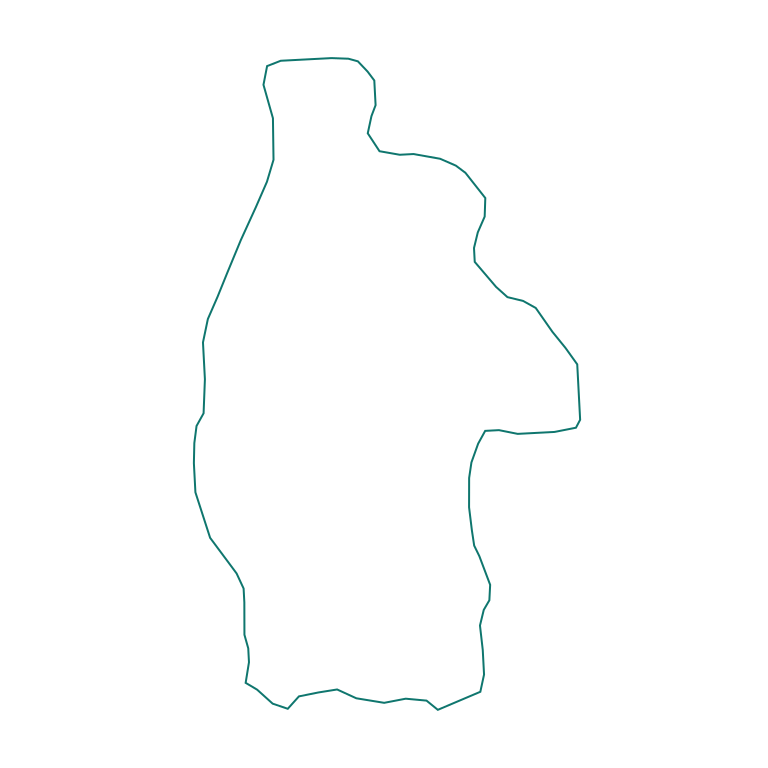 the district of Yeongdeok-gun, North Gyeongsang, South Korea, rotated 177°
{"feature_id": "91817680B91067436457746", "entity_name": "Yeongdeok-gun", "entity_type": "district", "adm_level": 2, "iso_a3": "KOR", "parent_name": "South Korea", "parent_adm1": "North Gyeongsang", "projection": "mercator", "projection_center": [129.302, 36.465], "detail": "fine", "context": "isolated", "style": "outline", "palette": "teal", "viewbox_px": 768, "rotation_deg": 177, "n_neighbors": 0, "source": "geoboundaries", "source_scale": "gbopen_adm2", "svg_char_len": 1243}
<svg xmlns="http://www.w3.org/2000/svg" viewBox="0 0 768 768"><g transform="rotate(177 384 384)"><path d="M347.3,55.8L303.9,71.6L299.3,88.6L299.3,113.2L300.8,137.8L296.2,153.2L290.1,162.5L288.5,177.9L297.8,207.1L302.4,217.9L303.9,233.3L305.5,256.4L303.9,285.7L300.8,301.1L293.1,319.5L285.4,331.9L271.6,331.9L253.1,327.2L216.2,327.2L194.6,330.3L191.5,335.5L190.0,338.0L190.0,393.5L200.8,410.4L213.1,427.3L228.5,452.0L240.8,459.7L256.2,464.3L267.0,475.1L287.0,501.2L287.0,515.1L282.4,530.5L274.7,545.9L273.1,564.4L291.6,590.6L300.8,598.3L316.2,606.0L339.5,611.4L342.4,612.1L350.1,612.1L356.3,612.1L376.3,616.7L387.1,635.2L382.5,652.2L377.8,662.9L377.8,687.6L384.0,696.8L393.2,707.6L402.5,710.7L419.4,712.2L441.0,712.2L470.2,712.2L476.2,710.2L484.1,707.6L488.7,689.1L481.0,655.2L482.6,613.7L490.3,592.1L502.6,567.5L519.5,535.1L534.9,502.8L545.7,479.7L556.5,458.1L562.6,435.0L562.6,419.6L562.6,398.1L565.7,364.2L573.4,351.9L576.5,334.9L578.0,314.9L578.0,285.7L565.7,239.5L547.2,211.7L541.1,202.5L534.9,187.1L534.9,173.2L536.5,140.9L533.4,127.1L533.4,113.2L537.8,92.8L526.7,85.4L511.9,70.6L497.1,64.7L485.3,76.5L465.6,79.4L446.8,81.4L428.1,71.6L400.5,65.6L378.8,68.6L358.1,65.6L347.3,55.8Z" fill="none" stroke="#0f766e" stroke-width="2"/></g></svg>